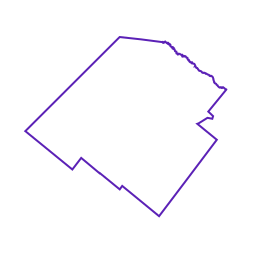 the district of Saavedra, Buenos Aires, Argentina, rotated 263°
{"feature_id": "61730980B51540343691170", "entity_name": "Saavedra", "entity_type": "district", "adm_level": 2, "iso_a3": "ARG", "parent_name": "Argentina", "parent_adm1": "Buenos Aires", "projection": "robinson", "projection_center": [-62.205, -37.742], "detail": "fine", "context": "isolated", "style": "outline", "palette": "violet", "viewbox_px": 256, "rotation_deg": 263, "n_neighbors": 0, "source": "geoboundaries", "source_scale": "gbopen_adm2", "svg_char_len": 5025}
<svg xmlns="http://www.w3.org/2000/svg" viewBox="0 0 256 256"><g transform="rotate(263 128 128)"><path d="M137.4,25.7L93.6,67.7L104.0,77.9L86.5,94.3L86.7,94.5L68.1,112.3L71.2,115.2L36.7,148.1L71.1,181.5L105.5,214.7L123.7,197.3L124.0,198.6L125.0,200.8L128.4,208.1L126.9,212.8L129.4,213.9L134.5,209.7L154.2,230.3L154.3,230.3L154.4,230.2L154.5,230.0L154.5,229.8L154.6,229.6L154.7,229.3L155.0,229.1L155.2,228.9L155.4,228.8L155.6,228.7L155.9,228.4L156.0,228.2L156.4,227.7L156.7,227.6L156.8,227.5L156.9,227.2L156.7,227.0L156.4,226.7L156.3,226.4L156.2,226.2L156.3,225.9L156.5,225.7L156.8,225.6L157.0,225.6L157.1,225.4L157.2,225.2L157.2,224.9L157.1,224.7L156.9,224.5L156.8,224.3L156.9,224.0L157.2,223.5L157.4,223.4L157.5,223.2L157.8,223.0L158.0,222.8L158.5,222.4L158.8,222.2L159.4,222.1L159.5,221.9L159.9,221.4L160.1,221.3L160.3,221.1L160.5,221.1L161.0,220.9L161.2,220.7L161.4,220.4L161.5,220.1L161.7,219.9L161.9,219.6L162.2,219.4L162.4,219.3L162.6,219.2L162.7,219.4L162.8,219.4L163.1,219.3L163.3,219.1L163.6,219.1L164.2,218.9L164.6,218.9L164.9,218.8L165.3,218.7L165.5,218.6L165.8,218.7L166.0,218.8L166.2,218.7L166.5,218.7L167.0,218.6L167.6,218.5L168.2,218.3L168.4,218.2L168.7,218.0L168.9,217.8L169.0,217.6L169.1,217.4L169.3,217.4L169.6,217.0L169.5,216.7L169.4,216.5L169.5,216.3L169.7,216.2L169.6,215.8L169.7,215.6L169.8,215.3L170.0,215.2L170.3,215.1L170.5,215.1L170.7,214.9L170.9,214.7L171.2,214.1L171.2,213.9L171.4,213.7L171.6,213.4L171.8,213.0L172.3,212.6L172.5,212.3L172.5,212.1L172.4,211.9L172.4,211.7L172.7,211.6L173.0,211.5L173.1,211.2L173.3,210.9L173.5,210.7L173.6,210.2L173.4,209.9L173.6,209.3L173.6,209.0L173.7,208.8L173.8,208.7L174.0,208.8L174.2,208.4L174.2,208.2L174.4,208.1L174.5,208.1L175.1,207.8L175.2,207.6L175.3,207.5L175.4,207.3L175.6,207.2L175.8,206.8L175.9,206.6L175.9,206.1L176.0,205.9L176.1,205.7L176.4,205.7L176.5,205.6L176.7,205.3L176.8,205.2L177.4,204.9L177.6,204.7L177.8,204.6L178.1,204.6L178.3,204.4L178.5,204.3L178.8,204.2L179.0,204.1L179.0,203.9L179.3,203.6L179.2,203.4L179.3,203.2L179.7,203.1L179.9,203.0L180.1,202.9L180.2,202.7L180.5,202.6L180.8,202.4L181.1,202.3L181.1,202.2L181.2,202.3L181.3,202.4L181.7,202.4L181.9,202.3L182.0,202.2L182.5,202.1L182.8,202.0L183.0,201.8L183.3,201.6L183.6,201.6L183.8,201.2L183.9,200.9L184.0,200.7L184.2,200.4L184.3,200.1L184.2,200.0L184.2,199.8L184.4,199.8L184.6,199.7L184.9,199.6L185.0,199.6L185.3,199.6L185.5,199.5L185.5,199.4L185.5,199.2L185.5,198.9L185.4,198.7L185.2,198.6L185.4,198.4L185.5,198.3L185.5,198.0L185.6,197.9L185.9,197.9L186.3,197.7L186.3,197.4L186.3,197.2L186.5,197.1L186.8,196.9L187.0,196.9L187.3,196.9L187.5,196.8L187.6,196.6L188.0,196.7L188.4,196.6L188.6,196.3L188.4,196.1L188.4,195.9L188.6,195.8L189.0,195.6L189.3,195.5L189.6,195.5L189.8,195.4L190.1,195.3L190.4,195.4L190.5,195.0L190.6,194.9L190.7,194.7L190.8,194.7L191.0,194.7L191.3,194.4L191.5,194.2L191.8,194.0L191.9,193.5L192.0,193.5L192.3,193.6L192.5,193.2L192.4,192.8L192.3,192.5L192.3,192.3L192.4,192.2L192.5,192.2L192.9,192.1L193.0,192.0L193.0,191.8L192.8,191.8L192.7,191.7L192.4,191.6L192.2,191.6L192.2,191.4L192.3,191.3L192.3,191.2L192.2,190.9L192.2,190.7L192.3,190.6L192.5,190.6L192.8,190.5L193.0,190.5L193.1,190.9L193.2,191.0L193.3,190.9L193.4,190.6L193.6,190.6L193.8,190.6L193.8,190.4L194.1,190.4L194.1,190.1L194.2,189.7L194.3,189.5L194.4,189.4L194.4,189.2L194.5,189.0L194.8,188.9L195.0,188.7L195.3,188.4L195.3,188.1L195.4,187.7L195.5,187.5L195.4,187.3L195.4,187.0L195.4,186.9L195.4,186.7L195.2,186.7L194.9,186.6L194.9,186.3L195.1,186.2L195.3,186.1L195.6,186.1L195.8,186.0L196.0,186.0L196.0,185.8L196.0,185.6L196.0,185.4L196.1,185.2L196.5,185.1L196.9,185.2L197.2,185.2L197.7,185.3L197.9,185.3L198.0,185.0L198.1,184.8L198.3,184.5L198.4,184.2L198.6,184.0L198.9,184.0L199.2,184.0L199.6,183.9L200.4,183.8L200.5,183.7L200.8,183.5L201.0,183.3L201.1,183.2L200.7,182.9L200.8,182.7L201.0,182.6L201.4,182.6L201.5,182.7L201.5,182.9L201.5,183.0L201.8,183.1L201.9,182.9L201.7,182.6L201.6,182.3L201.6,182.1L201.8,182.1L202.0,182.2L202.4,182.4L202.5,182.5L202.8,182.4L202.9,182.1L202.7,182.0L202.4,181.8L202.2,181.7L202.5,181.3L202.6,181.2L202.8,181.2L203.0,181.2L203.3,181.0L203.5,180.8L203.6,180.6L203.9,180.2L204.2,180.0L204.4,180.0L204.6,180.0L204.8,180.1L205.0,180.2L205.2,180.3L205.4,180.2L205.5,180.1L205.6,179.9L205.7,179.7L205.6,179.3L205.8,179.0L206.1,179.1L206.2,179.4L206.2,179.5L206.5,179.5L206.6,179.3L206.6,179.2L206.4,179.0L206.3,178.9L206.2,178.8L206.2,178.7L206.3,178.6L206.5,178.1L206.7,177.8L206.9,177.8L207.2,178.1L207.4,178.1L207.6,178.1L207.6,177.9L207.7,177.7L207.5,177.2L207.4,177.1L207.5,176.9L207.9,176.9L208.0,176.8L208.2,176.7L208.3,176.5L208.3,176.3L208.4,176.2L208.7,175.7L208.8,175.6L209.2,175.4L209.1,175.2L208.8,175.1L208.7,175.1L208.6,174.9L208.6,174.6L209.1,174.5L209.1,174.4L209.0,174.2L208.8,174.2L208.6,174.1L208.4,174.1L208.4,173.9L208.8,173.6L208.9,173.4L208.6,173.4L208.3,173.4L208.2,173.3L208.3,173.1L208.5,172.9L208.8,172.8L208.9,172.7L209.0,172.6L209.1,172.4L214.4,151.7L219.3,130.8L137.4,25.7Z" fill="none" stroke="#5b21b6" stroke-width="2"/></g></svg>